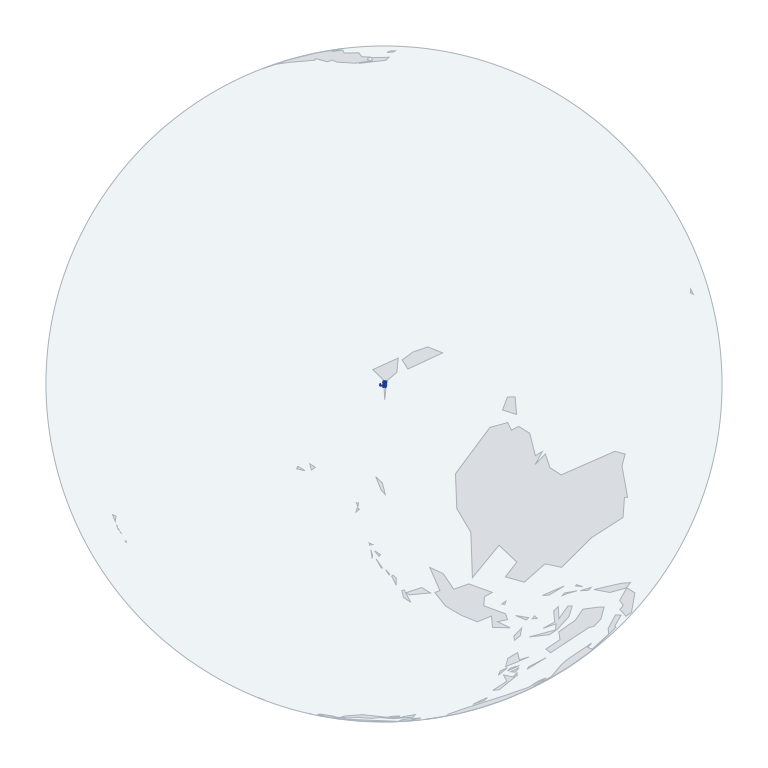 globe centered on Auckland, rotated 212°
{"feature_id": "NZL-3398", "entity_name": "Auckland", "entity_type": "Unitary Authority", "adm_level": 1, "iso_a3": "NZL", "parent_name": "New Zealand", "parent_adm1": "", "projection": "orthographic", "projection_center": [174.852, -36.678], "detail": "fine", "context": "on_globe", "style": "filled", "palette": "blue", "viewbox_px": 768, "rotation_deg": 212, "n_neighbors": 0, "source": "natural_earth", "source_scale": "10m", "svg_char_len": 7444}
<svg xmlns="http://www.w3.org/2000/svg" viewBox="0 0 768 768"><g transform="rotate(212 384 384)"><circle cx="384" cy="384" r="338" fill="#eef3f6" stroke="#a8b0b8"/><path d="M413.1,265.8L413.5,268.3L413.1,268.5L413.1,265.8ZM597.3,646.1L597.5,645.9L605.3,639.1L599.2,643.5L604.6,638.2L595.8,645.4L593.2,643.5L580.9,651.5L576.2,649.8L567.9,654.5L570.3,651.9L569.8,650.3L566.0,651.5L578.1,641.0L594.3,632.1L599.4,631.4L602.7,627.3L614.7,623.6L614.2,621.9L634.5,606.8L645.2,597.8L654.4,586.6L637.0,608.0L618.0,627.8L597.3,646.1ZM541.2,129.9L539.1,125.0L544.9,129.3L541.2,129.9ZM534.7,121.3L536.1,123.1L534.3,121.4L534.7,121.3ZM531.4,119.6L533.8,120.8L531.1,119.9L531.4,119.6ZM527.0,118.0L529.3,118.7L529.1,118.8L527.0,118.0ZM519.9,114.2L518.1,113.1L520.1,113.3L519.9,114.2ZM554.1,659.4L575.2,642.6L565.1,651.7L567.5,654.1L552.9,663.7L554.1,659.4ZM557.2,666.8L554.4,670.5L550.9,672.5L552.1,670.4L557.2,666.8ZM324.7,51.3L318.1,52.6L318.9,52.4L324.7,51.3ZM248.8,74.3L244.7,76.1L193.0,105.5L191.3,108.2L185.9,113.0L175.6,120.3L183.2,113.3L179.9,115.0L185.8,110.4L175.0,118.5L198.3,101.7L223.0,86.9L248.8,74.3ZM163.7,127.7L171.2,121.6L155.1,135.6L154.5,138.1L145.7,149.2L117.1,183.1L101.1,202.9L98.2,208.0L96.5,208.4L87.1,224.2L84.9,239.7L82.5,247.7L70.6,274.2L71.7,268.6L66.9,269.5L60.9,291.0L64.3,295.5L65.3,310.9L60.4,313.6L60.0,300.8L58.4,300.6L62.5,282.7L67.3,266.2L76.6,243.7L87.5,221.9L99.9,201.0L113.8,181.0L129.2,162.1L145.8,144.3L163.7,127.7ZM169.2,624.0L172.5,623.6L174.3,627.1L169.2,624.0ZM108.1,317.4L114.5,314.3L114.5,315.8L108.1,317.4ZM101.3,317.4L108.0,312.7L100.6,321.2L101.3,317.4ZM110.7,310.9L117.6,303.3L120.6,299.0L120.4,302.2L110.7,310.9ZM97.0,321.0L76.8,341.1L69.8,346.1L70.6,339.2L82.0,326.9L97.0,321.0ZM70.1,339.8L60.5,339.8L53.2,321.7L55.6,315.3L64.5,317.8L63.7,323.0L69.5,325.4L70.1,339.8ZM96.6,285.0L96.0,298.4L84.0,308.3L79.1,311.5L75.5,299.6L77.5,289.9L81.3,285.8L100.4,244.3L106.2,245.1L99.3,260.5L104.4,266.5L96.6,285.0ZM111.3,221.0L101.5,237.8L111.5,218.0L111.3,221.0ZM119.2,204.8L118.2,209.6L116.4,207.0L119.2,204.8ZM95.0,214.9L90.8,220.7L92.3,217.4L98.6,208.1L95.0,214.9ZM138.9,159.3L133.0,168.8L130.1,172.9L131.1,168.9L138.9,159.3ZM371.7,409.4L381.3,414.0L376.5,426.3L366.6,438.6L350.8,441.4L371.7,409.4ZM266.0,442.5L255.5,428.4L269.7,424.8L272.4,438.4L266.0,442.5ZM379.3,400.7L383.3,388.1L375.0,371.0L386.3,387.1L401.1,390.3L385.7,413.5L379.3,400.7ZM185.6,400.8L152.5,449.3L142.4,452.4L138.8,440.6L117.3,416.9L120.0,415.3L110.6,397.5L126.6,363.6L136.2,322.7L152.2,316.7L160.0,290.3L178.8,284.8L177.0,303.4L201.0,308.2L206.4,266.6L231.7,304.2L256.3,317.0L275.8,345.8L271.2,403.3L258.6,416.9L251.4,412.3L247.4,419.4L234.3,419.4L217.6,403.4L214.0,410.6L213.1,395.9L210.1,410.1L198.9,401.0L185.6,400.8ZM324.4,291.0L329.9,292.4L341.9,301.0L332.8,299.1L324.4,291.0ZM399.9,272.6L404.7,277.0L398.2,276.9L399.9,272.6ZM413.1,268.5L405.1,268.6L413.1,265.8L413.1,268.5ZM340.8,265.8L344.5,268.7L342.6,269.6L340.8,265.8ZM338.4,264.8L340.0,260.6L341.1,264.9L338.4,264.8ZM308.5,241.8L310.8,239.7L312.4,241.3L308.5,241.8ZM124.1,308.2L132.1,292.5L137.5,288.7L124.1,308.2ZM303.5,237.5L296.6,237.4L296.8,235.2L303.5,237.5ZM302.9,232.6L301.6,229.7L307.3,236.5L302.9,232.6ZM288.9,226.6L297.9,231.4L288.0,227.2L288.9,226.6ZM284.3,227.5L278.3,225.7L278.5,224.8L284.3,227.5ZM227.1,238.5L248.0,252.7L233.3,254.5L216.0,246.9L206.2,259.4L181.7,264.7L186.1,256.9L181.9,248.8L159.0,253.5L154.4,249.6L161.8,242.6L147.9,244.1L162.9,235.1L169.9,244.2L178.8,231.8L196.0,228.8L214.1,228.3L230.4,234.2L227.1,238.5ZM164.7,260.9L167.5,259.9L165.5,264.5L164.7,260.9ZM267.0,219.8L275.6,225.1L274.9,226.7L270.9,226.0L267.0,219.8ZM233.8,231.5L250.6,218.8L255.0,218.4L244.1,231.4L233.8,231.5ZM245.7,213.1L254.3,213.3L259.4,218.3L257.7,220.1L245.7,213.1ZM133.8,263.5L133.5,267.1L129.9,266.4L133.8,263.5ZM138.3,259.2L149.7,257.4L137.5,262.5L138.3,259.2ZM108.3,266.2L111.0,271.8L119.5,261.3L113.1,272.6L119.8,281.4L118.2,287.6L111.3,277.6L110.4,293.2L106.8,295.5L103.9,284.8L107.1,267.6L110.8,259.1L126.7,246.5L108.3,266.2ZM137.9,250.0L135.1,242.7L137.4,235.9L140.3,238.9L137.9,250.0ZM128.4,227.1L123.0,221.9L116.5,229.4L131.0,208.7L133.6,216.9L128.4,227.1ZM126.1,210.3L119.9,217.1L127.2,206.0L126.1,210.3ZM119.1,215.0L120.0,209.2L124.1,207.1L119.1,215.0ZM129.0,208.7L132.7,197.5L133.4,202.3L129.0,208.7ZM122.3,197.0L128.5,200.6L117.8,204.5L124.3,185.8L129.4,181.8L122.3,197.0ZM194.3,111.0L196.9,107.8L203.4,104.3L199.8,107.5L194.3,111.0ZM227.1,92.1L206.0,102.4L189.6,112.1L191.6,111.9L182.3,120.2L182.7,116.9L198.9,105.1L210.3,99.2L218.0,93.5L230.1,87.1L236.9,82.1L244.1,78.5L241.5,81.5L227.1,92.1ZM239.4,80.3L255.5,71.8L265.0,68.9L263.5,70.1L252.2,75.0L247.8,76.2L239.4,80.3ZM272.7,64.9L272.4,65.0L271.0,65.5L272.7,64.9ZM266.1,67.3L262.9,68.6L262.2,69.1L258.2,70.5L261.8,68.9L266.1,67.3Z" fill="#d9dde1" stroke="#a8b0b8" stroke-width="1"/><path d="M383.2,387.6L383.1,387.4L383.0,387.2L382.9,387.0L382.9,386.9L382.7,386.4L382.8,386.3L383.0,386.2L383.1,386.3L383.1,386.5L383.3,386.9L383.3,387.1L383.4,387.3L383.5,387.3L383.5,387.2L383.5,386.9L383.8,386.9L383.7,386.9L383.4,386.8L383.7,386.5L383.9,386.4L384.0,386.4L384.3,386.6L384.5,386.5L384.4,386.4L384.2,386.2L383.9,385.9L383.8,386.0L383.7,385.9L383.7,385.7L383.8,385.7L383.6,385.5L383.3,385.5L383.1,385.6L382.9,385.9L382.9,386.0L382.7,385.9L382.7,386.0L382.4,386.1L382.1,385.3L382.0,384.8L381.9,384.5L381.7,384.0L381.0,383.2L380.9,383.0L380.8,382.7L381.0,382.5L380.9,382.7L380.9,382.8L381.0,382.7L381.3,382.8L381.5,383.1L381.6,383.3L381.8,383.4L381.8,383.5L381.7,383.5L381.8,383.7L381.9,383.8L381.9,383.7L382.0,383.9L382.1,383.7L382.3,383.5L382.3,383.4L382.2,383.4L382.2,383.1L382.1,382.7L382.1,382.4L382.2,382.2L381.9,382.2L381.8,382.3L381.5,382.3L381.4,382.3L381.3,382.2L381.2,382.0L381.3,382.0L381.3,381.9L381.5,381.9L381.5,382.0L381.7,381.9L381.8,381.9L382.0,381.8L382.0,381.7L382.3,381.5L382.4,381.4L382.5,381.2L383.0,380.8L383.4,381.3L383.5,381.4L383.7,381.6L383.9,381.6L383.8,381.8L383.7,381.9L383.8,382.0L384.0,382.0L383.6,382.1L383.6,382.4L383.7,382.6L383.7,382.8L383.6,382.6L383.4,382.4L383.4,382.7L383.4,382.8L383.5,382.9L383.5,383.0L383.4,383.1L383.4,383.3L383.4,383.5L383.5,383.6L383.9,383.6L384.0,383.6L383.8,383.8L383.7,383.8L383.4,383.7L383.5,383.8L383.6,384.0L383.8,384.9L383.7,384.8L383.6,384.7L383.5,384.8L383.4,384.8L383.4,384.7L383.5,384.7L383.4,384.6L383.2,384.5L382.9,384.7L383.0,384.7L383.2,384.8L383.1,385.0L383.2,385.3L383.3,385.4L383.3,385.2L383.5,385.0L383.8,385.0L384.1,385.0L384.2,385.3L384.1,385.5L384.4,384.9L384.5,385.2L384.5,385.4L384.5,385.5L384.8,385.5L384.8,385.4L384.7,385.3L384.7,385.2L384.8,385.2L385.0,385.2L385.1,385.4L385.1,385.6L385.3,385.7L385.5,385.6L385.8,385.5L386.0,385.7L386.2,385.9L386.2,386.0L385.8,386.0L385.6,386.1L385.5,386.4L385.4,386.8L385.2,387.0L384.6,387.1L384.1,387.3L383.7,387.4L383.4,387.5L383.2,387.6ZM387.3,381.7L387.4,381.8L387.3,382.0L387.2,382.1L387.1,381.9L386.9,381.9L386.9,381.7L386.7,381.6L386.4,381.4L386.3,381.2L386.4,381.3L386.5,381.3L386.5,381.2L386.4,380.9L386.5,380.8L386.6,380.7L386.4,380.5L386.5,380.4L386.7,380.5L386.8,380.6L386.8,380.8L387.0,381.0L387.1,381.3L387.2,381.5L387.3,381.6L387.3,381.7ZM385.5,384.4L385.7,384.5L385.6,384.8L385.4,384.9L385.2,384.9L384.9,384.7L384.7,384.7L384.8,384.5L385.1,384.5L385.3,384.6L385.5,384.4ZM384.0,382.3L384.3,382.6L384.2,382.7L384.0,382.4L384.0,382.3ZM385.3,381.0L385.4,381.3L385.2,381.3L385.1,381.2L385.3,381.0L385.3,381.0Z" fill="#3b82f6" stroke="#1e3a8a" stroke-width="1.5"/></g></svg>